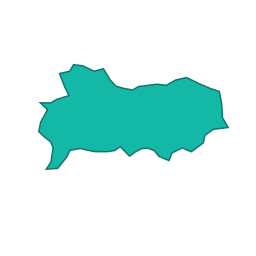 outline of Dali, Nicosia, Cyprus, rotated 296°
{"feature_id": "46923920B65421651141260", "entity_name": "Dali", "entity_type": "district", "adm_level": 2, "iso_a3": "CYP", "parent_name": "Cyprus", "parent_adm1": "Nicosia", "projection": "robinson", "projection_center": [33.409, 35.042], "detail": "fine", "context": "isolated", "style": "filled", "palette": "teal", "viewbox_px": 256, "rotation_deg": 296, "n_neighbors": 0, "source": "geoboundaries", "source_scale": "gbopen_adm2", "svg_char_len": 814}
<svg xmlns="http://www.w3.org/2000/svg" viewBox="0 0 256 256"><g transform="rotate(296 128 128)"><path d="M55.1,72.6L60.9,82.5L74.9,85.6L82.5,85.6L88.8,94.3L90.1,100.5L92.0,108.0L97.7,119.9L102.1,126.1L107.8,129.2L103.4,141.7L110.3,145.4L115.4,149.2L118.6,154.8L119.2,161.6L116.0,168.5L116.7,179.1L124.9,178.5L133.8,185.3L134.4,195.3L147.7,202.2L155.3,200.3L164.2,205.3L172.4,217.8L178.7,208.4L190.8,201.6L200.9,194.1L199.6,184.7L199.0,172.9L199.0,158.5L192.0,149.8L183.1,143.6L180.0,134.8L169.8,119.2L164.1,115.5L161.6,106.2L160.3,98.7L163.5,90.6L170.5,80.0L164.1,72.5L164.1,60.0L161.0,51.3L153.4,50.7L147.0,42.6L137.6,52.6L131.2,60.7L122.4,51.3L116.7,47.6L112.2,38.2L109.1,47.6L95.1,46.9L85.6,49.4L83.1,57.5L81.8,64.4L77.4,69.4L63.5,73.7L55.1,72.6Z" fill="#14b8a6" stroke="#0f766e" stroke-width="1.5"/></g></svg>